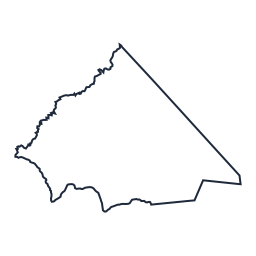 the district of Angical, Bahia, Brazil
{"feature_id": "56859067B3932708379587", "entity_name": "Angical", "entity_type": "district", "adm_level": 2, "iso_a3": "BRA", "parent_name": "Brazil", "parent_adm1": "Bahia", "projection": "albers", "projection_center": [-44.765, -11.959], "detail": "fine", "context": "isolated", "style": "outline", "palette": "slate", "viewbox_px": 256, "rotation_deg": 0, "n_neighbors": 0, "source": "geoboundaries", "source_scale": "gbopen_adm2", "svg_char_len": 3255}
<svg xmlns="http://www.w3.org/2000/svg" viewBox="0 0 256 256"><path d="M240.6,184.2L240.3,182.0L239.5,175.5L225.3,159.9L216.0,149.7L200.2,132.3L191.0,122.2L182.6,112.9L152.5,79.9L146.5,73.4L122.1,47.1L121.2,45.6L119.7,44.5L119.9,46.3L120.0,47.8L118.8,48.8L117.2,49.4L116.6,50.7L115.4,51.5L114.0,51.9L113.2,53.5L112.8,56.1L112.0,57.8L111.1,58.9L110.4,60.4L110.8,62.2L111.8,63.3L112.5,64.6L112.5,65.9L111.6,66.6L110.5,67.3L110.4,68.9L109.1,69.6L107.4,69.4L105.8,68.4L104.4,68.7L103.7,70.4L103.4,72.4L102.3,71.2L101.3,70.1L99.6,69.3L98.4,70.0L99.0,71.1L99.8,71.9L100.7,72.8L100.6,74.0L98.9,74.8L97.2,75.8L96.1,76.2L95.0,76.5L94.5,77.9L94.5,79.9L94.5,81.3L93.8,82.5L93.9,83.7L91.8,84.3L90.3,85.3L89.5,86.9L87.9,87.1L86.5,87.2L85.8,88.4L85.4,89.7L84.5,91.2L82.6,91.1L81.3,92.2L80.7,93.7L79.5,93.9L79.3,92.7L77.9,93.3L76.3,94.1L75.4,95.5L74.4,93.6L73.4,94.9L72.0,94.9L70.7,94.9L69.5,95.2L67.9,95.6L66.8,95.2L65.6,95.3L64.1,95.6L62.7,96.2L61.1,96.9L59.5,97.5L60.4,99.3L58.5,100.1L57.0,101.4L55.4,101.9L56.2,103.9L55.4,105.5L55.9,107.1L55.5,108.4L54.2,109.4L53.7,110.8L54.2,112.1L55.0,113.5L53.8,113.2L52.5,112.4L51.0,113.0L51.9,114.3L51.7,115.4L50.2,114.9L48.3,115.0L48.5,117.0L48.5,118.2L47.4,117.7L46.3,117.6L46.7,119.8L44.9,120.0L43.6,119.8L42.4,120.3L40.9,120.6L40.0,121.8L41.3,122.7L41.4,123.9L39.8,123.6L39.8,125.0L39.1,126.4L37.4,126.3L37.2,128.0L38.6,129.1L37.8,130.3L38.0,131.8L36.8,132.1L35.7,132.8L36.7,133.6L36.9,135.1L36.0,136.9L35.0,138.6L33.9,138.8L32.8,139.5L32.1,140.6L31.8,141.7L31.4,142.9L29.9,143.5L30.5,144.8L29.7,145.6L28.3,144.7L27.8,146.0L27.0,147.0L25.9,148.5L23.9,147.7L22.6,146.1L21.2,145.4L19.6,146.7L18.3,146.3L17.3,146.9L17.8,148.8L16.3,148.9L17.1,150.5L17.8,152.3L17.0,153.2L16.3,154.0L15.4,155.1L15.4,156.8L17.3,156.9L18.4,157.8L19.6,157.3L21.2,157.0L22.8,157.5L24.1,158.1L25.2,158.6L26.9,159.4L28.4,159.7L29.8,160.6L30.1,161.8L31.8,162.6L33.4,163.0L34.7,163.6L35.4,164.5L36.2,165.4L36.8,166.3L37.5,167.3L38.5,167.9L39.7,168.9L39.7,170.6L40.4,171.7L41.6,172.6L42.5,174.2L42.7,175.6L43.1,176.8L44.5,178.1L45.8,178.8L46.4,180.0L45.6,181.2L46.0,182.8L47.5,184.0L48.1,186.0L49.3,187.5L50.1,188.8L50.0,190.0L50.9,190.8L51.0,192.4L51.5,194.0L51.5,195.7L51.3,197.2L51.0,198.4L51.1,200.3L51.7,201.7L53.1,201.7L54.5,201.0L55.3,200.0L57.0,199.0L58.4,198.2L60.6,196.7L60.8,195.0L61.5,193.6L62.9,192.1L64.3,191.2L65.3,189.6L65.9,188.1L66.7,186.5L67.3,185.1L68.3,184.4L69.6,184.3L71.5,184.1L73.2,184.4L74.5,185.5L75.1,188.2L76.7,188.9L78.4,188.6L80.3,188.5L81.4,189.0L82.6,189.0L83.9,188.4L84.8,187.8L86.4,187.5L88.7,187.2L90.3,187.1L91.9,187.4L93.7,188.5L94.9,190.1L96.2,191.4L98.3,192.8L99.1,195.0L100.7,199.4L101.0,200.5L101.3,201.6L102.0,203.1L102.2,205.0L102.4,206.2L102.7,208.5L103.0,210.3L104.4,211.5L105.9,211.5L107.1,210.6L108.3,209.5L109.5,209.0L110.4,207.7L111.3,206.9L112.8,206.5L114.2,206.0L115.5,205.5L116.8,205.0L118.1,204.6L119.2,204.7L121.4,204.0L123.3,203.9L125.1,204.0L126.9,203.9L128.4,203.8L129.8,203.1L131.0,201.2L132.0,199.8L133.2,199.5L134.9,199.3L136.4,199.0L137.4,199.5L139.4,199.5L140.5,200.2L141.3,201.0L142.7,201.0L144.2,200.9L145.7,202.2L147.1,202.4L148.4,202.0L149.9,201.9L150.7,203.1L151.2,204.6L189.7,200.8L194.5,200.4L203.1,180.3L238.3,184.0L240.6,184.2Z" fill="none" stroke="#1e293b" stroke-width="2"/></svg>